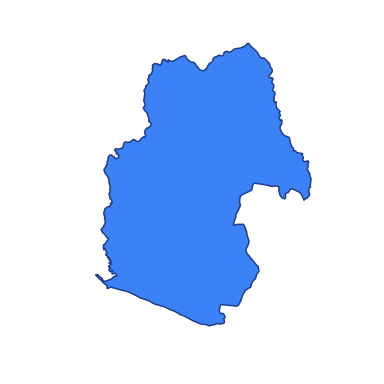 the district of Liúpo, Nampula, Mozambique, rotated 68°
{"feature_id": "85939544B62807674730552", "entity_name": "Liúpo", "entity_type": "district", "adm_level": 2, "iso_a3": "MOZ", "parent_name": "Mozambique", "parent_adm1": "Nampula", "projection": "albers", "projection_center": [40.01, -15.693], "detail": "fine", "context": "isolated", "style": "filled", "palette": "blue", "viewbox_px": 384, "rotation_deg": 68, "n_neighbors": 0, "source": "geoboundaries", "source_scale": "gbopen_adm2", "svg_char_len": 5940}
<svg xmlns="http://www.w3.org/2000/svg" viewBox="0 0 384 384"><g transform="rotate(68 192 192)"><path d="M241.5,297.4L242.1,298.0L242.4,299.0L242.5,304.7L241.9,306.9L241.1,307.4L237.6,308.1L235.6,309.6L234.2,309.8L233.1,310.8L232.7,312.0L233.3,312.3L237.6,310.5L239.6,309.4L242.9,308.2L247.3,305.8L249.1,306.8L249.8,306.6L250.0,305.7L249.7,304.3L249.8,302.7L251.6,300.7L253.1,298.4L254.4,297.2L259.0,290.6L261.2,288.1L266.7,282.9L270.7,279.8L277.5,271.9L280.4,270.0L283.3,267.1L283.9,265.6L285.7,263.9L287.7,260.9L293.6,255.6L295.5,253.3L300.9,249.0L301.1,249.0L304.4,245.4L311.1,239.9L317.4,233.7L320.3,228.5L322.7,226.0L322.8,223.5L323.4,220.9L323.4,217.9L324.9,215.7L325.6,211.8L325.0,210.8L323.7,210.3L322.2,210.1L321.1,209.3L320.7,208.5L319.6,207.9L316.7,208.5L316.1,208.9L315.2,211.1L314.6,211.4L312.2,211.2L309.9,209.6L308.4,209.0L307.4,207.7L307.2,206.9L307.6,206.6L314.5,193.3L314.5,191.6L312.8,189.4L310.9,187.3L307.1,184.2L303.9,180.4L303.2,178.9L302.4,175.7L302.4,173.4L301.4,172.9L297.6,169.4L296.4,166.1L294.5,164.2L292.7,163.2L291.0,160.1L290.4,159.6L285.9,158.5L284.0,159.5L279.8,160.9L277.3,161.5L276.4,161.8L275.9,162.5L273.3,162.7L270.0,164.0L266.7,164.0L264.9,163.1L262.4,160.1L259.7,157.9L258.7,157.6L253.2,157.1L248.4,156.2L242.6,156.1L241.1,156.6L240.8,157.1L240.3,159.0L239.0,161.9L238.8,164.7L238.2,165.8L235.0,163.9L232.2,161.2L229.2,159.7L227.7,157.5L223.4,152.9L222.1,152.0L220.1,151.8L217.8,151.1L214.2,148.9L213.3,146.3L212.7,136.4L212.4,135.7L210.2,134.4L207.8,132.5L207.3,131.6L207.5,130.3L212.0,122.5L216.8,115.7L218.0,111.3L219.4,109.8L220.1,109.3L221.3,110.2L222.5,110.4L223.0,110.9L227.9,111.6L231.3,110.7L232.8,109.2L232.8,107.8L231.4,106.9L228.4,106.1L228.6,103.1L226.5,100.1L226.3,99.1L226.8,97.8L227.5,96.9L232.6,92.4L235.0,91.4L241.4,91.1L240.7,89.1L240.8,87.3L238.8,84.3L237.9,83.7L235.0,83.5L232.4,82.0L231.8,80.3L230.3,79.9L224.2,76.6L221.8,76.7L218.6,76.0L214.8,76.6L213.1,75.9L211.6,74.5L209.6,74.5L209.2,73.5L208.4,72.8L206.8,72.6L206.4,73.8L206.4,75.2L205.8,76.5L205.2,76.9L203.8,77.1L203.1,77.0L202.1,76.0L201.4,75.9L199.0,76.0L198.0,75.1L196.9,76.2L196.8,77.1L195.1,79.3L195.1,79.8L194.4,80.3L193.1,80.4L192.2,81.2L192.3,81.9L191.6,82.3L190.0,81.8L188.9,81.8L187.3,82.4L184.2,82.4L182.6,82.7L181.3,81.8L178.2,81.5L176.7,82.4L174.7,84.9L173.8,85.4L171.3,86.3L166.5,86.7L163.6,85.4L163.3,84.2L161.8,82.8L160.0,82.4L159.3,81.7L158.6,82.2L158.9,82.7L158.6,83.3L157.1,83.3L155.9,84.0L155.1,83.4L154.7,81.8L154.0,81.3L151.5,81.6L150.4,80.1L146.8,81.7L144.4,81.9L141.2,80.9L140.4,80.3L139.8,80.5L139.9,81.6L137.8,82.0L136.3,80.8L134.2,80.1L131.6,78.0L130.3,77.9L128.3,79.1L127.2,79.0L124.8,76.6L122.6,76.1L120.9,77.0L119.8,76.8L118.2,75.0L117.4,74.6L116.8,74.6L115.9,75.3L115.2,76.8L114.4,77.4L113.5,77.2L112.2,75.8L111.4,73.9L110.5,72.6L108.2,71.7L105.5,72.5L103.3,72.1L100.8,72.4L95.2,74.8L94.4,75.5L94.3,76.6L92.8,78.0L90.9,78.6L87.1,79.1L82.9,80.8L79.0,82.9L75.5,83.8L75.1,85.2L76.1,87.1L76.5,88.8L76.7,93.1L75.4,98.0L75.3,99.9L76.0,101.4L76.7,104.0L76.4,105.1L74.8,106.7L74.3,108.6L74.7,110.1L76.2,110.9L76.7,111.5L77.0,112.9L77.0,113.5L75.2,115.8L75.6,117.6L75.5,120.6L76.2,122.4L77.3,122.8L78.6,124.2L79.1,125.1L79.3,127.9L79.9,128.4L81.1,130.3L82.3,131.3L82.8,131.9L82.9,132.8L83.7,133.5L83.8,136.4L81.7,139.0L73.6,141.2L72.3,142.1L71.0,144.3L68.5,146.0L66.8,146.7L63.6,147.0L62.7,147.6L62.4,152.2L63.7,160.5L62.8,162.8L60.7,164.4L62.2,165.1L62.3,165.7L60.9,166.2L60.5,167.1L59.1,167.4L58.9,168.2L58.4,168.6L58.5,169.5L59.0,170.3L59.6,170.6L60.0,171.2L60.9,171.6L62.4,173.6L62.2,174.5L60.4,175.7L59.9,177.4L58.9,178.0L58.8,178.6L59.5,179.8L59.4,180.8L59.7,181.2L61.9,181.8L63.2,182.9L64.7,183.1L65.8,183.6L66.1,184.6L66.9,185.0L67.7,185.8L67.4,187.1L67.8,188.3L70.1,189.3L70.8,190.7L72.4,191.1L73.5,190.7L74.4,191.0L75.7,192.9L76.4,195.2L77.4,195.6L78.7,196.7L79.8,198.5L82.1,198.6L84.2,199.3L85.2,200.3L86.5,200.7L87.7,201.7L90.0,202.6L93.0,202.6L94.7,203.6L95.5,205.6L98.1,205.5L100.8,204.6L102.0,203.9L103.7,204.3L107.9,204.4L110.0,205.6L111.1,205.4L112.7,204.2L114.3,204.5L115.3,205.8L115.6,207.3L116.2,207.9L115.8,210.1L117.0,212.0L118.2,213.1L120.2,213.8L122.6,214.0L122.9,214.3L123.2,215.3L122.7,216.2L123.4,219.2L123.7,220.0L124.7,220.5L124.9,220.9L125.0,223.4L124.0,224.5L121.6,226.0L121.5,227.6L122.5,231.3L120.5,235.6L121.3,236.8L124.1,238.8L124.9,240.1L125.1,241.5L124.4,245.3L123.7,245.6L123.4,246.3L123.7,247.0L123.6,247.5L124.8,248.0L125.6,247.4L126.4,247.3L126.8,247.6L128.4,247.7L128.4,246.5L128.9,246.4L129.7,246.8L130.7,246.1L133.1,247.9L132.0,250.8L130.5,250.9L129.9,251.7L127.4,252.9L127.0,254.3L127.7,255.9L128.6,256.7L131.2,258.3L131.9,259.2L134.3,260.2L135.4,261.8L137.1,263.3L137.5,264.4L138.2,265.1L139.5,265.5L141.8,265.5L146.0,264.4L148.7,264.3L149.1,264.0L151.0,265.1L158.0,266.3L158.9,267.4L160.8,267.5L162.0,269.0L163.3,269.8L166.0,270.0L167.0,270.5L167.8,270.5L168.4,269.5L172.1,270.0L172.4,270.3L171.9,271.4L172.0,271.8L172.7,271.7L173.1,272.1L174.1,273.1L174.7,274.3L174.1,275.6L174.9,279.0L175.3,279.3L176.1,279.9L176.5,279.9L178.1,281.6L180.9,282.2L182.3,282.1L183.7,283.0L184.9,283.0L188.1,283.9L192.0,288.5L192.3,289.6L193.0,290.4L195.2,290.3L196.7,289.8L199.4,288.5L200.4,288.6L200.7,288.2L202.3,288.1L203.1,287.1L203.9,287.0L204.8,287.6L205.3,288.9L207.4,291.8L207.9,293.9L208.7,293.8L210.0,295.0L210.7,294.9L212.0,295.3L211.7,294.2L211.9,293.5L213.1,294.1L216.3,293.5L217.0,294.0L217.2,295.0L218.3,295.5L219.2,294.7L220.8,294.8L221.5,293.3L222.3,293.6L222.6,294.4L222.9,294.0L222.8,293.3L223.5,293.2L224.6,294.2L224.9,293.9L224.8,293.2L226.1,293.1L226.8,293.5L226.5,295.0L226.8,295.4L227.4,294.2L227.6,294.0L228.0,294.5L228.7,294.0L229.4,296.6L229.9,297.3L230.9,297.2L232.2,295.9L232.6,296.0L232.5,297.4L232.7,297.8L233.2,298.2L234.2,298.2L235.0,297.8L235.2,297.3L234.8,296.0L235.1,295.2L235.8,295.2L237.0,296.7L238.0,296.6L238.6,293.7L241.2,292.9L241.4,293.4L241.1,296.0L241.5,297.4Z" fill="#3b82f6" stroke="#1e3a8a" stroke-width="1.5"/></g></svg>